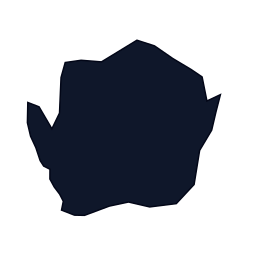 the Urban county of Hódmezôvásárhely, rotated 348°
{"feature_id": "HUN-4917", "entity_name": "Hódmezôvásárhely", "entity_type": "Urban county", "adm_level": 1, "iso_a3": "HUN", "parent_name": "Hungary", "parent_adm1": "", "projection": "equal_earth", "projection_center": [20.359, 46.389], "detail": "fine", "context": "isolated", "style": "filled", "palette": "ink", "viewbox_px": 256, "rotation_deg": 348, "n_neighbors": 0, "source": "natural_earth", "source_scale": "10m", "svg_char_len": 581}
<svg xmlns="http://www.w3.org/2000/svg" viewBox="0 0 256 256"><g transform="rotate(348 128 128)"><path d="M211.1,93.5L210.8,118.0L225.3,114.6L217.3,130.7L209.4,147.5L193.4,164.8L180.9,197.0L159.5,212.0L132.8,209.7L113.1,200.5L93.5,200.5L67.3,204.4L57.5,202.1L45.9,194.5L49.5,186.2L47.4,178.5L43.6,170.4L41.0,161.7L43.1,152.1L37.6,147.7L35.3,141.6L33.8,128.1L31.0,115.8L30.7,101.9L35.3,82.2L45.4,88.8L53.4,113.0L64.1,99.2L73.0,64.7L80.2,50.9L96.2,52.0L115.8,57.8L155.0,44.0L171.0,53.2L186.2,69.3L202.2,84.2L211.1,93.5Z" fill="#0f172a" stroke="#020617" stroke-width="1.5"/></g></svg>